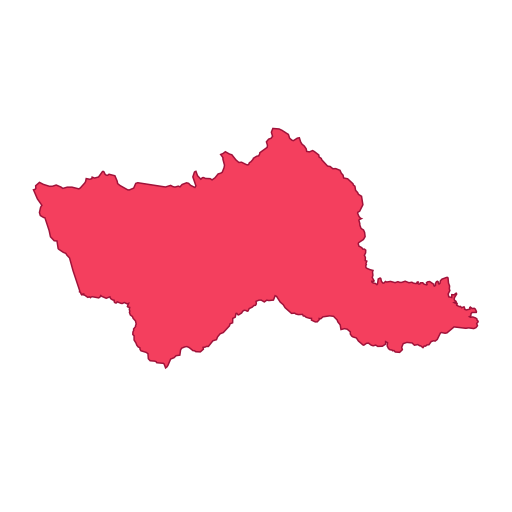 Ngoc Hoi, Kon Tum, Vietnam, rotated 79°
{"feature_id": "81297802B1803091954954", "entity_name": "Ngoc Hoi", "entity_type": "district", "adm_level": 2, "iso_a3": "VNM", "parent_name": "Vietnam", "parent_adm1": "Kon Tum", "projection": "mercator", "projection_center": [107.691, 14.739], "detail": "fine", "context": "isolated", "style": "filled", "palette": "rose", "viewbox_px": 512, "rotation_deg": 79, "n_neighbors": 0, "source": "geoboundaries", "source_scale": "gbopen_adm2", "svg_char_len": 6083}
<svg xmlns="http://www.w3.org/2000/svg" viewBox="0 0 512 512"><g transform="rotate(79 256 256)"><path d="M204.9,146.9L203.6,147.0L197.7,151.3L196.1,155.1L193.3,155.1L190.9,156.5L187.9,157.2L185.4,161.1L185.0,163.9L182.3,166.1L181.4,168.6L174.1,173.1L172.7,173.3L170.8,175.2L168.8,175.1L164.7,178.7L163.3,180.3L164.0,183.7L163.0,186.3L160.3,186.3L157.3,187.6L155.0,189.5L152.6,190.4L148.2,190.9L148.2,193.0L149.9,197.2L149.4,198.4L146.9,200.5L142.9,201.0L137.6,206.5L135.7,209.1L134.0,215.1L137.4,217.3L141.6,216.9L143.3,218.7L143.7,221.3L145.9,224.0L149.4,223.6L151.5,224.3L155.3,232.5L156.5,232.9L158.2,234.3L158.2,236.3L159.6,240.0L160.4,240.3L162.5,243.0L163.2,244.7L164.8,245.8L165.0,246.8L164.4,248.1L161.2,252.3L160.9,255.0L157.8,257.4L152.0,260.4L151.0,262.4L147.8,266.2L149.1,268.8L149.6,271.3L153.0,269.7L154.7,270.0L160.8,269.6L163.0,270.4L167.3,273.1L168.0,274.9L168.2,277.5L171.4,281.3L172.9,284.6L171.3,286.3L170.2,290.9L169.0,292.5L168.9,293.7L170.1,295.5L166.0,298.1L161.4,298.8L161.5,299.7L162.0,300.5L166.3,302.9L175.7,301.6L177.1,302.9L174.1,306.8L171.8,308.3L170.9,310.2L171.7,314.9L173.6,317.4L172.6,319.0L172.9,322.4L172.0,324.4L170.4,326.3L171.0,331.7L161.5,358.1L161.8,360.2L166.0,363.1L167.0,367.7L166.6,369.3L160.8,376.1L158.5,378.0L156.0,378.0L150.3,379.2L147.7,384.7L148.5,386.3L148.2,387.4L147.1,388.5L144.4,389.2L143.7,390.0L143.9,390.7L148.4,395.5L148.7,399.6L147.3,401.8L148.7,402.4L149.0,404.5L147.6,407.9L150.3,409.0L151.6,410.1L155.7,415.5L156.3,417.1L153.3,423.5L152.4,428.2L152.8,432.7L151.1,434.3L148.2,438.6L148.7,442.5L148.2,445.4L145.1,451.1L142.4,454.5L145.0,458.9L147.5,459.2L148.4,460.0L148.5,461.8L158.2,459.7L165.4,456.5L167.0,458.1L172.0,460.3L175.1,460.0L177.7,457.1L178.2,455.9L191.6,454.2L197.9,454.1L202.5,451.2L203.3,448.5L211.0,448.8L211.8,448.3L215.6,444.5L217.1,442.2L219.2,441.4L222.3,439.4L235.5,438.4L256.4,435.7L257.5,436.1L258.2,435.2L259.9,435.0L261.0,434.3L260.3,433.5L260.4,432.4L261.3,432.6L261.9,431.5L264.5,429.0L264.3,427.4L265.3,426.4L264.8,425.8L264.7,424.5L267.1,418.4L266.5,417.0L265.2,415.9L266.1,415.2L268.9,411.1L268.2,407.2L270.0,406.9L271.7,405.2L272.4,403.7L274.0,403.9L275.2,403.1L275.4,401.9L274.5,401.0L276.8,397.4L277.1,396.2L276.5,394.2L278.4,391.6L278.2,390.1L281.1,391.9L281.6,391.5L282.4,389.8L284.4,390.6L286.0,390.4L287.2,391.0L289.9,390.6L291.9,388.8L293.8,388.5L296.7,386.7L300.1,386.6L301.0,387.4L302.2,387.6L304.3,390.1L305.6,390.2L307.1,391.3L309.6,391.9L311.0,390.9L315.2,391.7L318.3,390.5L320.9,390.0L322.8,389.0L323.9,387.5L325.7,387.6L327.1,387.0L329.6,382.3L331.2,380.7L336.3,381.3L338.6,379.9L339.9,375.4L340.8,374.1L341.8,373.8L343.7,367.4L344.5,366.8L348.6,366.1L347.8,364.5L346.4,363.2L340.9,359.5L340.2,355.9L338.6,353.4L338.8,349.7L333.7,347.9L332.3,346.5L331.6,343.2L331.7,341.1L333.2,339.0L336.9,335.9L337.2,334.5L338.4,333.4L339.5,328.9L337.4,325.4L335.6,325.4L335.7,323.3L335.3,322.0L335.7,320.0L331.0,314.5L330.6,310.8L328.0,309.1L325.5,306.0L324.9,302.7L319.6,295.5L317.6,294.4L317.1,291.7L312.8,290.7L312.1,288.1L308.6,286.6L308.6,285.8L310.3,284.9L310.5,284.3L309.2,281.0L307.7,279.6L307.0,278.0L307.6,276.2L308.5,275.2L308.5,274.4L306.3,272.7L305.5,269.5L304.2,267.5L304.3,265.9L303.0,264.8L300.5,264.6L299.9,261.5L300.3,259.3L302.7,256.6L301.4,253.9L302.2,251.8L302.6,247.3L298.6,244.8L299.6,243.5L305.9,241.0L308.9,238.6L312.3,237.3L319.1,232.1L319.5,228.9L320.5,228.0L321.6,225.7L322.2,221.5L323.9,221.0L324.1,219.8L325.7,218.5L327.4,215.2L327.8,213.4L329.5,213.8L332.0,210.4L332.3,208.4L330.6,206.1L329.4,205.9L330.0,204.5L328.5,201.9L328.8,195.0L330.0,191.4L334.2,188.6L336.4,188.2L339.6,186.5L344.4,186.6L344.2,183.0L345.2,180.5L348.4,177.9L350.6,178.3L352.8,177.4L353.9,176.3L355.6,173.1L359.0,171.7L363.7,168.0L364.1,167.2L362.8,164.2L363.0,162.2L365.5,159.9L366.5,158.1L366.3,155.5L368.0,153.7L368.7,149.2L367.2,145.6L364.8,145.1L366.2,143.4L369.3,144.4L372.2,143.6L373.6,142.4L374.2,140.5L375.1,140.0L375.1,138.7L376.8,137.6L378.0,133.4L375.9,130.2L373.4,130.4L370.1,128.2L369.6,124.4L371.1,119.4L373.8,117.5L373.8,114.1L375.4,112.4L375.5,111.6L377.8,109.6L376.5,108.1L376.8,106.7L375.9,105.1L376.1,103.2L373.4,100.3L373.1,97.7L373.7,96.4L372.5,94.0L366.8,89.7L366.5,88.6L367.9,85.1L367.9,83.2L363.4,75.1L367.0,63.8L367.1,61.0L368.8,56.1L368.3,53.8L366.7,51.9L364.4,52.3L363.0,50.5L362.2,50.5L361.4,51.2L359.9,51.2L358.7,52.3L357.2,54.8L357.1,57.1L356.3,58.1L355.8,56.6L353.6,55.9L352.7,54.7L353.4,50.5L352.5,50.2L349.9,50.9L349.0,51.7L348.8,53.8L347.0,55.4L347.4,56.0L348.9,56.2L349.1,59.8L348.1,61.4L347.3,61.1L345.6,61.5L346.0,64.0L344.5,64.9L344.5,66.0L342.7,68.4L342.2,68.5L341.4,67.6L340.8,67.7L340.2,69.6L339.5,70.4L339.4,68.3L338.7,68.3L337.4,69.5L336.1,69.7L334.6,69.0L331.7,66.3L330.8,66.4L330.8,67.2L331.9,68.8L331.3,71.2L334.1,71.8L332.8,74.6L329.9,74.6L326.9,72.3L325.2,72.5L322.4,71.7L319.4,72.2L314.2,71.7L313.6,72.0L313.4,73.0L314.2,77.9L315.5,79.7L317.8,80.6L318.5,81.7L317.3,82.2L316.1,82.1L315.4,82.7L315.6,83.7L317.2,85.1L319.0,85.4L319.6,86.5L319.2,87.0L317.5,87.1L314.2,90.4L314.1,92.3L314.7,93.7L316.6,93.5L316.9,93.9L315.8,96.3L314.1,97.4L313.7,99.6L314.7,100.5L314.5,101.8L313.6,102.7L312.7,101.6L312.3,101.9L312.4,102.8L313.5,103.6L313.6,104.2L312.7,106.6L311.5,108.0L311.4,111.0L309.2,114.4L309.7,118.0L309.4,119.8L308.3,121.6L308.7,124.6L306.6,128.8L306.5,132.7L305.7,133.8L306.9,135.5L307.0,136.4L304.9,137.7L301.9,137.8L301.3,138.4L301.9,140.4L306.6,142.0L307.2,142.8L305.8,143.9L304.8,146.2L303.7,147.2L302.9,147.2L303.3,145.6L303.0,144.8L299.3,146.0L297.2,144.9L293.9,144.7L292.5,143.9L291.1,146.8L289.2,149.6L288.3,150.3L286.3,150.1L285.6,149.3L284.5,149.6L282.2,148.2L281.3,149.6L278.2,148.9L276.0,149.5L273.8,147.8L271.2,147.2L269.9,148.3L269.7,149.8L268.0,150.6L265.9,153.1L263.5,153.3L262.5,152.7L260.3,147.4L257.8,145.2L253.6,144.9L251.0,145.5L249.0,147.6L245.4,148.2L243.8,147.9L240.6,148.2L240.0,147.7L239.4,145.4L238.9,146.2L236.8,147.4L233.4,148.1L232.5,147.7L231.8,145.7L226.1,141.3L217.5,141.0L215.0,143.7L213.2,144.1L210.5,145.7L206.4,145.6L204.9,146.9Z" fill="#f43f5e" stroke="#9f1239" stroke-width="1.5"/></g></svg>